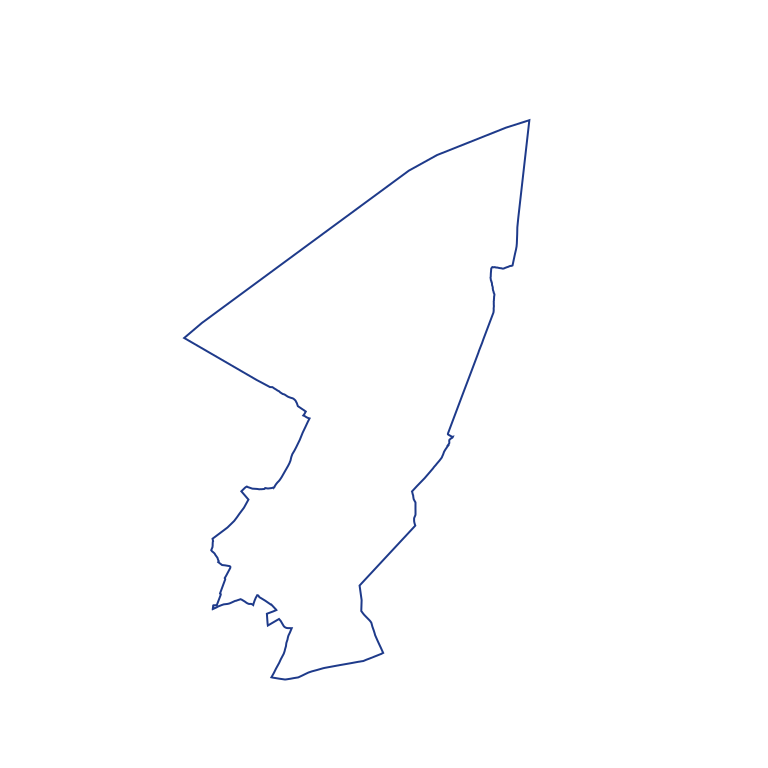 the district of Huizen, Noord-Holland, Netherlands, rotated 312°
{"feature_id": "6326949B75136097066874", "entity_name": "Huizen", "entity_type": "district", "adm_level": 2, "iso_a3": "NLD", "parent_name": "Netherlands", "parent_adm1": "Noord-Holland", "projection": "equal_earth", "projection_center": [5.224, 52.296], "detail": "fine", "context": "isolated", "style": "outline", "palette": "blue", "viewbox_px": 768, "rotation_deg": 312, "n_neighbors": 0, "source": "geoboundaries", "source_scale": "gbopen_adm2", "svg_char_len": 6014}
<svg xmlns="http://www.w3.org/2000/svg" viewBox="0 0 768 768"><g transform="rotate(312 384 384)"><path d="M284.5,204.7L301.8,286.8L304.9,299.2L305.4,301.3L307.0,303.2L307.2,304.5L307.2,305.0L307.8,308.1L307.8,308.6L308.0,309.6L308.3,310.5L308.4,311.1L308.3,312.4L308.5,313.5L308.8,315.4L309.4,316.5L309.7,317.4L310.2,320.8L310.7,322.3L311.5,324.2L311.9,325.0L312.2,325.6L312.3,325.8L312.4,326.5L312.5,326.8L312.5,327.5L312.5,327.9L312.5,329.0L312.2,330.1L311.9,330.6L311.8,331.2L311.3,332.3L309.9,334.8L311.2,344.3L308.6,344.9L307.6,345.0L306.6,345.1L307.1,346.5L307.3,347.9L307.5,348.9L307.8,349.9L308.1,350.7L308.6,351.7L305.2,352.6L299.3,354.4L293.5,356.1L286.1,358.8L278.1,361.1L274.6,362.0L270.5,362.8L268.9,363.5L268.5,363.6L267.1,364.3L266.0,364.9L265.5,365.2L264.6,365.7L263.8,366.0L263.6,366.1L263.1,366.2L262.6,366.5L259.7,367.3L258.5,367.6L257.5,367.8L255.7,368.2L253.8,368.6L248.8,369.7L246.0,370.3L243.2,370.7L241.6,370.8L239.5,370.7L237.5,370.8L235.4,371.1L234.2,371.5L233.7,371.5L233.8,371.4L233.3,371.2L231.7,370.3L228.8,367.8L228.2,367.0L227.4,365.6L227.1,365.3L226.1,365.4L225.6,365.0L224.1,363.6L222.2,361.6L221.1,359.9L218.4,356.5L218.2,356.3L216.2,351.6L216.1,351.2L216.0,350.8L216.0,350.7L214.9,350.3L213.9,350.1L208.8,349.8L208.2,354.5L207.4,360.6L198.4,362.7L190.7,363.4L186.7,363.9L182.0,364.3L172.6,363.7L154.3,360.1L152.8,362.2L152.1,362.4L149.9,364.2L149.5,364.6L148.0,365.7L144.9,366.8L144.6,368.2L144.7,369.4L144.7,370.1L144.7,371.2L144.6,371.9L144.3,372.5L144.0,373.8L143.6,375.6L143.4,376.5L143.2,376.9L142.9,377.3L142.7,377.7L142.5,378.0L141.9,379.2L141.8,379.7L140.7,379.9L141.1,384.7L141.4,385.2L142.8,387.1L145.2,390.9L145.3,391.1L145.4,391.4L145.4,391.7L145.4,391.9L145.4,392.0L145.2,392.3L144.9,392.5L144.5,392.8L144.0,392.9L143.4,393.1L135.4,395.1L133.2,395.5L133.1,395.8L133.0,396.2L132.8,396.5L132.6,396.7L132.4,396.8L132.1,396.9L118.6,402.3L118.5,402.7L118.6,402.9L118.7,403.0L118.5,403.3L118.4,403.4L118.3,403.6L117.1,404.1L107.8,407.7L107.7,407.7L105.5,405.4L105.4,405.3L105.1,405.3L103.7,406.3L103.8,406.3L104.0,406.5L103.9,406.7L103.4,407.4L103.3,407.5L103.2,407.4L102.7,407.2L102.4,407.2L102.2,407.4L106.1,409.1L107.7,409.6L107.9,409.7L111.3,411.4L112.9,412.3L113.2,412.5L113.4,412.7L115.2,414.3L115.4,414.5L116.6,415.4L117.7,416.1L119.7,417.0L123.2,418.5L124.2,419.3L124.9,419.6L127.5,421.1L127.8,421.2L128.0,421.3L128.1,421.5L128.5,422.5L129.2,426.2L129.4,428.3L129.6,429.1L129.9,430.1L130.2,430.8L131.6,432.3L131.7,432.6L131.9,432.9L132.0,433.3L132.1,433.5L132.2,434.7L134.2,433.7L135.0,433.4L136.6,432.7L139.2,431.8L142.2,431.1L142.6,431.7L142.6,432.5L142.2,434.1L142.7,436.5L143.5,440.8L144.4,447.7L144.7,447.8L144.1,455.0L144.0,455.3L140.6,453.7L134.9,450.7L129.3,456.5L127.7,458.2L127.3,458.7L126.8,459.3L139.1,463.2L138.8,465.8L137.9,468.6L137.3,470.5L137.0,471.5L136.9,472.5L137.1,473.7L137.5,474.8L138.1,475.7L139.0,476.8L140.8,478.8L136.3,480.4L133.5,481.2L132.7,481.5L131.3,482.2L129.3,483.4L128.3,483.8L126.7,484.5L126.1,484.8L125.8,485.0L124.5,485.9L123.7,486.5L121.0,487.8L120.2,488.2L119.2,488.8L117.6,489.5L116.4,490.0L110.4,491.5L106.6,492.7L100.2,494.2L95.6,495.5L90.7,496.6L91.5,498.0L94.9,503.3L96.9,506.3L98.1,508.1L98.4,508.4L98.7,508.7L102.5,511.8L105.0,513.7L108.6,516.6L112.6,518.3L115.1,519.3L119.0,520.9L122.2,522.7L126.5,525.5L132.1,529.0L133.5,530.0L143.9,538.0L144.5,538.5L145.2,539.0L154.5,546.3L160.5,550.9L161.8,552.0L162.5,552.5L164.3,554.0L165.6,554.6L166.9,555.2L167.9,555.7L170.4,557.0L180.9,562.2L181.2,562.4L183.1,563.1L183.6,563.3L185.9,558.1L187.2,555.0L189.1,550.6L190.5,547.5L191.4,545.5L192.5,543.8L193.8,541.6L195.5,538.5L195.8,537.9L197.7,535.0L198.2,534.1L198.3,533.5L198.5,532.8L198.7,531.3L199.0,526.5L199.2,523.7L199.5,521.8L200.1,519.0L208.4,512.0L217.9,500.7L255.3,501.3L298.3,502.0L299.7,502.0L300.5,500.6L301.2,499.5L301.8,498.7L302.2,498.2L302.4,498.0L303.7,496.8L304.4,496.2L304.6,496.1L305.7,495.7L307.5,495.1L307.8,494.9L308.0,494.8L308.2,494.6L308.6,494.3L309.9,493.1L310.5,492.6L312.2,491.0L314.1,489.3L315.2,488.3L316.9,486.8L317.0,486.6L317.2,486.3L317.2,486.1L317.8,484.4L318.3,483.1L318.4,482.9L318.6,482.7L319.3,481.8L319.8,481.2L320.8,480.1L321.1,479.4L322.7,477.1L322.9,476.7L330.3,476.8L338.5,477.1L341.0,477.2L341.7,477.2L353.9,476.9L356.0,476.7L358.6,476.7L359.8,476.6L363.8,476.5L365.3,476.4L367.6,476.2L368.2,476.1L369.5,475.6L370.9,475.2L373.8,474.0L376.2,473.5L379.8,473.0L381.2,472.9L381.0,472.5L383.4,472.2L383.7,472.1L384.0,471.9L384.2,471.7L385.4,470.5L385.9,470.2L386.2,470.0L386.6,470.0L387.7,470.1L388.7,470.3L389.8,470.7L390.4,470.6L390.6,470.6L390.9,470.5L390.6,470.3L390.4,470.2L389.4,465.7L389.4,465.3L389.4,465.2L389.5,465.1L389.6,464.9L390.0,464.7L390.4,464.5L411.3,456.3L429.4,449.2L451.0,440.8L470.4,433.2L472.2,432.4L476.7,430.7L480.2,429.4L481.6,428.8L483.5,428.0L500.9,421.2L510.4,417.5L511.2,416.9L511.8,416.6L512.2,416.1L512.9,415.6L513.3,415.1L513.9,414.7L514.5,414.2L515.1,413.8L515.6,413.4L516.0,412.9L517.3,411.7L517.9,411.2L518.9,410.2L519.6,409.8L520.1,409.4L520.5,409.0L521.1,408.6L522.2,407.7L522.8,407.2L523.3,407.0L524.3,406.2L524.5,406.1L525.2,404.8L525.2,404.5L526.1,403.4L526.3,402.9L526.8,402.0L527.5,401.3L527.9,400.7L528.5,400.3L529.4,398.9L529.6,398.5L529.8,398.1L530.5,397.4L531.3,396.6L531.6,395.8L532.1,395.3L532.3,395.0L532.3,394.5L532.5,394.2L534.0,392.4L534.3,392.0L534.6,391.8L535.2,391.5L535.9,390.9L536.6,390.3L537.8,389.3L539.4,388.1L541.5,386.5L542.0,386.4L542.7,386.2L542.9,386.2L543.5,386.4L543.9,387.2L544.3,387.6L544.6,387.7L545.2,388.5L545.3,388.9L545.9,389.8L546.0,389.9L546.2,390.1L546.5,390.5L546.9,391.3L547.3,392.0L547.5,392.3L548.0,393.1L548.4,393.5L549.0,394.8L549.4,395.2L549.9,395.7L551.5,396.4L553.4,397.4L554.2,397.9L555.4,398.4L556.2,398.8L556.8,399.5L557.4,399.8L557.8,400.1L558.1,400.2L561.9,398.0L568.3,394.3L572.3,392.1L574.9,390.5L577.3,388.7L584.5,382.7L589.6,378.3L597.2,372.7L677.3,315.5L656.1,303.1L589.6,270.2L559.2,259.7L454.1,238.0L307.5,207.8L284.5,204.7Z" fill="none" stroke="#1e3a8a" stroke-width="2"/></g></svg>